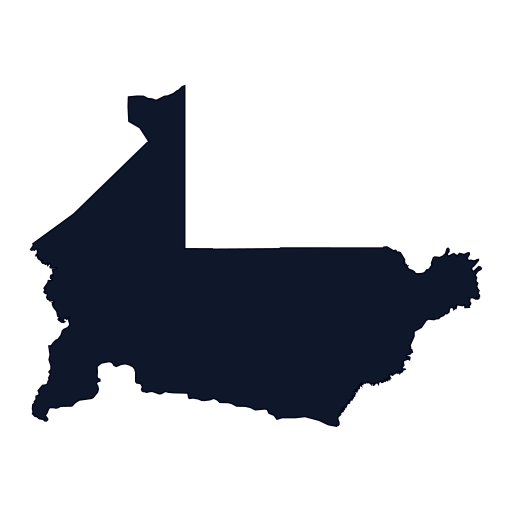 outline of Mbire, Mashonaland Central, Zimbabwe
{"feature_id": "62879985B94368680034661", "entity_name": "Mbire", "entity_type": "district", "adm_level": 2, "iso_a3": "ZWE", "parent_name": "Zimbabwe", "parent_adm1": "Mashonaland Central", "projection": "albers", "projection_center": [30.66, -16.018], "detail": "fine", "context": "isolated", "style": "filled", "palette": "ink", "viewbox_px": 512, "rotation_deg": 0, "n_neighbors": 0, "source": "geoboundaries", "source_scale": "gbopen_adm2", "svg_char_len": 5963}
<svg xmlns="http://www.w3.org/2000/svg" viewBox="0 0 512 512"><path d="M459.6,253.5L457.2,255.9L453.7,253.6L448.4,256.3L447.1,254.6L447.7,253.0L448.9,251.7L449.0,249.6L448.3,248.4L447.7,248.4L447.0,249.0L445.6,253.6L443.0,256.1L439.7,257.6L434.8,257.0L433.4,257.8L431.5,263.3L432.0,265.1L428.7,269.8L426.9,269.8L424.5,272.8L421.6,273.6L417.0,273.9L414.7,273.1L414.7,272.3L413.4,271.1L410.5,269.8L409.9,270.1L407.0,267.3L407.6,266.0L406.9,266.2L406.1,264.4L404.8,263.9L404.8,264.5L403.4,263.2L404.7,262.3L404.2,261.6L404.6,259.7L400.3,252.7L398.4,252.1L397.5,252.6L395.6,250.3L393.6,250.9L386.9,246.9L383.9,247.2L383.0,248.1L280.6,248.0L279.4,248.8L212.0,249.3L212.1,248.9L184.7,248.8L184.7,85.8L182.3,86.7L178.5,90.4L177.3,90.7L173.6,93.6L167.9,96.0L164.4,96.4L156.9,100.2L155.2,100.2L152.1,99.0L147.9,98.6L143.4,96.3L137.3,96.2L128.5,97.0L128.2,106.7L128.9,121.3L139.9,127.7L148.9,141.5L148.7,142.0L147.3,142.6L73.7,214.1L32.9,243.8L33.3,244.5L33.1,246.2L30.7,249.3L31.2,250.1L33.3,249.8L34.4,250.2L35.5,248.8L36.8,249.1L37.7,251.2L37.2,254.2L36.2,254.8L35.9,255.7L37.8,255.7L37.7,257.5L38.4,258.8L40.6,260.2L42.2,260.5L41.5,260.9L41.4,261.5L42.6,263.2L44.4,263.4L45.6,264.4L47.3,263.2L47.8,265.3L49.7,263.2L51.2,265.5L50.1,266.5L50.2,267.6L52.2,268.1L56.0,267.2L56.9,267.5L56.0,268.8L52.6,269.8L53.3,273.6L52.8,274.4L53.0,275.7L52.5,275.9L51.7,275.1L50.9,275.3L50.5,277.3L50.7,278.3L51.9,278.7L52.4,279.8L50.4,280.8L48.4,280.6L47.9,282.7L44.2,288.0L44.1,288.5L45.0,288.9L44.8,290.5L44.0,292.0L45.3,293.4L47.1,293.4L47.5,295.3L46.7,297.2L47.7,299.3L49.4,299.9L50.1,300.9L52.9,300.4L54.6,301.9L52.3,302.6L52.5,303.1L53.5,302.9L54.0,303.4L53.9,303.9L52.6,304.1L52.5,304.6L53.6,307.2L56.9,311.4L57.8,316.2L60.7,318.5L60.2,319.0L58.6,318.8L58.2,319.3L58.7,320.0L61.4,322.0L63.1,322.4L64.7,321.7L63.0,320.6L64.3,318.0L65.4,318.0L66.7,319.3L69.2,317.4L68.7,320.2L69.9,324.3L69.1,326.1L67.4,327.9L64.1,329.3L62.5,330.8L61.1,335.3L57.9,339.6L56.2,340.1L53.6,342.5L51.2,345.9L48.9,346.0L50.2,354.9L49.1,359.6L51.1,365.8L51.0,369.7L49.1,371.6L49.2,372.4L50.7,373.9L48.7,378.0L49.7,379.7L48.6,380.3L47.3,384.2L46.4,384.8L42.5,385.5L38.2,390.7L39.1,392.9L38.9,395.1L36.1,396.2L36.1,399.8L34.4,401.5L34.6,403.1L32.8,404.7L32.5,409.1L33.2,412.0L32.5,413.7L35.0,416.3L37.2,416.7L39.1,418.6L43.1,419.3L45.1,421.0L46.4,420.9L47.6,419.8L47.6,418.8L45.4,415.9L45.5,414.7L46.7,413.4L48.6,408.7L49.6,407.6L53.3,407.5L55.6,408.0L57.5,407.8L60.6,406.2L71.3,406.0L72.2,405.7L75.0,402.7L79.3,400.0L91.3,398.4L93.1,397.5L97.5,392.1L98.3,389.0L97.6,385.9L96.5,384.3L96.4,383.3L97.4,381.7L99.8,381.1L99.9,380.7L99.8,379.3L97.8,378.6L96.9,376.4L97.3,372.1L96.9,366.5L101.3,363.0L108.3,361.6L110.8,361.8L112.1,362.6L113.9,364.6L113.8,365.1L116.2,366.4L121.1,364.3L125.4,363.7L129.4,364.8L132.9,366.6L134.8,368.9L135.8,372.4L135.7,381.5L136.7,382.9L140.2,383.4L141.1,384.1L142.5,386.8L141.6,389.5L142.2,390.9L143.6,391.6L145.2,391.6L146.3,392.3L150.9,391.3L152.6,391.4L159.3,393.8L161.3,393.6L165.3,391.3L168.5,392.2L172.9,392.6L187.4,393.0L188.0,393.7L188.8,397.7L189.4,398.4L193.2,397.9L198.5,398.9L201.8,400.3L204.5,400.4L210.0,399.7L213.8,398.2L217.7,400.1L219.7,402.3L228.3,402.5L231.9,403.5L236.6,406.0L245.4,406.2L250.6,407.4L255.4,409.8L264.6,408.9L266.8,409.2L267.4,409.4L268.9,413.1L274.1,415.2L277.0,419.2L282.1,417.6L295.1,417.6L305.1,416.5L319.2,420.3L328.2,424.6L336.6,426.2L336.7,425.3L338.2,425.3L339.0,424.1L338.8,421.9L337.9,420.5L338.1,419.7L337.5,418.3L338.4,416.3L340.0,415.3L339.6,414.1L340.7,414.0L340.4,412.7L342.1,411.8L341.3,410.7L342.3,410.2L343.1,410.9L343.2,410.0L342.3,408.4L343.3,408.2L344.3,409.2L345.0,407.2L346.0,407.0L347.1,404.0L348.2,403.2L349.3,403.1L348.9,401.3L349.8,401.5L349.8,400.3L352.1,399.8L352.2,397.6L353.2,397.9L353.3,397.5L352.5,396.0L354.5,396.1L354.6,394.6L355.3,393.7L354.1,391.6L356.3,391.3L356.8,391.8L357.6,389.7L355.8,390.7L355.2,389.7L357.1,389.8L357.5,388.7L359.2,388.5L359.2,387.5L358.4,387.3L359.3,386.5L358.9,385.8L360.0,385.1L361.1,385.8L360.4,384.3L361.3,382.9L362.1,383.5L362.1,384.6L362.7,384.5L363.4,383.0L365.3,383.1L366.7,382.1L367.2,382.7L368.6,381.9L369.3,383.0L370.2,382.9L371.5,384.6L372.0,383.7L374.1,383.5L373.6,385.1L374.1,385.0L375.5,382.9L377.7,382.9L378.4,384.0L378.6,382.6L379.6,381.4L381.3,381.1L381.2,382.0L381.7,382.4L383.0,382.2L383.5,380.8L385.1,381.3L385.2,380.4L384.4,380.1L384.5,379.4L386.7,380.3L386.3,379.3L387.6,380.1L387.6,379.1L388.7,378.5L389.3,379.7L389.7,379.6L389.9,378.6L388.2,377.1L390.2,377.6L388.9,375.5L389.0,374.8L391.2,374.8L391.8,373.6L392.8,375.7L392.8,374.3L394.8,373.7L395.9,372.7L398.0,373.1L398.1,371.5L399.0,371.1L399.3,371.7L400.0,371.7L399.7,373.0L399.8,373.4L400.6,372.4L402.1,371.9L403.1,369.9L405.1,369.4L404.9,369.0L401.9,369.0L402.0,367.7L403.8,365.2L403.1,361.5L404.3,360.4L407.2,359.3L408.2,359.1L409.5,359.8L409.9,357.4L408.0,356.5L406.7,357.2L406.5,355.5L407.4,354.7L410.5,353.8L410.9,352.8L412.4,352.1L411.5,349.4L410.2,349.2L409.9,348.6L410.6,347.4L410.0,345.3L414.0,336.3L414.0,331.4L421.4,327.3L426.1,320.4L428.4,319.0L434.1,319.6L435.4,318.9L438.7,318.5L440.3,316.8L443.5,315.5L445.4,313.4L446.9,313.7L449.0,312.0L449.2,309.5L450.1,307.4L452.5,307.5L453.3,308.0L453.8,309.5L454.7,308.4L455.9,308.6L456.5,306.4L455.8,306.5L455.8,306.1L456.7,304.6L462.2,305.6L464.7,305.0L465.0,307.5L469.3,307.3L468.9,305.4L469.5,305.3L469.8,303.9L470.4,304.3L470.7,303.3L469.5,301.4L469.8,299.8L469.3,298.2L472.7,297.5L475.6,299.0L476.1,299.0L476.2,298.3L477.6,299.1L478.7,298.5L477.5,297.2L477.9,296.6L479.4,296.9L479.4,295.2L477.9,293.4L479.0,290.5L477.5,288.7L476.6,286.3L477.7,283.2L476.1,282.0L475.9,279.9L476.6,277.7L475.0,275.1L477.7,271.1L480.9,269.3L481.3,268.3L480.5,267.2L478.7,266.7L473.8,271.4L472.7,271.2L471.6,269.5L471.8,267.4L474.0,265.7L478.3,260.4L478.4,259.5L476.8,259.8L475.7,260.6L473.1,260.9L470.8,260.2L468.9,260.6L468.0,260.0L467.1,258.1L469.4,254.2L469.0,252.8L467.5,253.0L464.2,254.6L459.6,253.5Z" fill="#0f172a" stroke="#020617" stroke-width="1.5"/></svg>